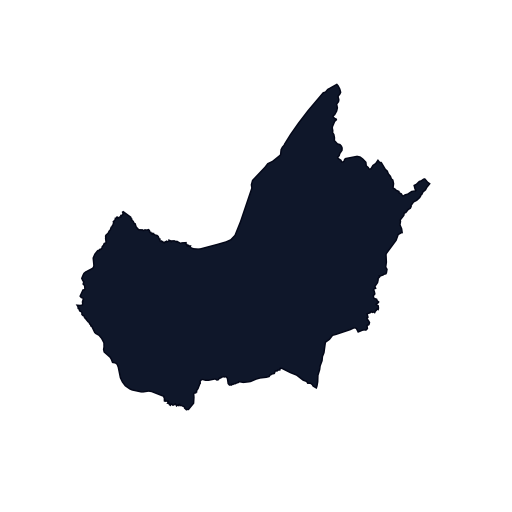 Veun Sai, Rôtânôkiri, Cambodia, rotated 40°
{"feature_id": "14789045B84584240899175", "entity_name": "Veun Sai", "entity_type": "district", "adm_level": 2, "iso_a3": "KHM", "parent_name": "Cambodia", "parent_adm1": "Rôtânôkiri", "projection": "orthographic", "projection_center": [106.861, 14.079], "detail": "fine", "context": "isolated", "style": "filled", "palette": "ink", "viewbox_px": 512, "rotation_deg": 40, "n_neighbors": 0, "source": "geoboundaries", "source_scale": "gbopen_adm2", "svg_char_len": 6139}
<svg xmlns="http://www.w3.org/2000/svg" viewBox="0 0 512 512"><g transform="rotate(40 256 256)"><path d="M279.5,425.7L279.7,424.8L280.3,425.1L281.7,423.5L282.0,423.5L281.7,424.2L282.4,424.7L283.4,424.2L283.7,424.7L283.5,425.2L284.2,424.8L284.8,424.9L285.1,425.5L286.4,425.4L286.2,424.0L286.8,423.6L288.2,423.7L288.7,423.0L289.3,421.0L291.5,421.9L291.8,420.4L292.5,420.3L292.1,419.8L292.3,419.4L293.0,419.3L293.0,418.8L293.9,419.4L295.2,418.3L298.0,417.7L298.6,417.7L299.1,418.4L301.5,418.5L301.6,418.0L302.9,417.0L302.8,408.9L299.3,404.2L296.8,401.6L296.8,400.7L297.8,399.6L297.5,398.9L297.9,398.4L297.0,397.2L296.8,394.9L295.1,390.0L295.1,389.3L293.7,388.0L293.7,385.9L294.4,384.9L297.2,383.6L299.5,381.7L303.7,376.4L305.8,376.1L306.7,374.8L306.3,373.6L307.4,372.0L307.5,371.0L308.7,369.2L309.4,369.1L310.6,367.7L311.8,367.8L313.0,368.3L316.7,371.6L318.6,371.9L319.0,371.1L319.8,371.0L320.2,370.5L319.9,369.8L321.0,369.0L321.1,368.3L322.3,367.0L322.7,365.7L323.7,364.4L323.9,363.6L323.6,363.2L327.5,361.0L331.2,357.1L332.5,355.6L335.2,350.2L337.5,346.8L341.8,342.3L343.5,339.9L343.2,338.0L343.7,337.5L343.8,336.5L345.5,334.2L344.6,331.5L345.4,330.8L346.0,330.7L345.9,329.6L347.5,327.9L346.7,326.6L346.9,326.2L348.1,325.4L357.3,323.2L363.7,321.1L372.0,320.8L374.9,319.7L376.9,319.8L377.3,320.2L379.7,318.4L381.7,318.3L383.4,318.9L387.0,318.3L386.3,316.5L384.1,312.7L380.1,307.6L377.8,302.2L375.7,298.9L373.9,293.8L371.5,290.3L370.2,286.4L364.6,277.5L365.8,272.6L365.6,267.5L367.6,264.7L375.4,252.0L377.2,248.1L378.4,247.2L379.6,247.0L383.1,248.5L385.2,244.4L386.4,243.0L387.8,242.1L388.0,240.0L385.8,238.0L385.7,237.3L386.3,236.8L386.6,236.0L385.7,234.0L383.8,233.3L382.6,233.5L382.4,232.8L381.2,232.5L380.8,231.8L381.1,230.9L378.2,228.9L379.9,226.2L380.0,225.7L379.6,225.7L380.0,224.4L381.4,224.4L382.1,223.2L383.3,223.1L382.7,220.7L383.1,220.4L382.8,218.9L384.0,218.5L383.3,217.2L381.6,215.6L379.2,215.9L378.9,215.3L379.6,213.6L379.5,212.4L377.5,212.4L376.2,211.6L373.9,212.5L373.1,212.4L371.4,211.1L371.2,210.4L371.6,209.5L371.3,208.6L369.0,206.8L367.9,206.8L367.6,205.4L368.4,203.8L366.6,203.0L366.2,198.3L364.9,195.8L364.0,194.8L364.1,192.4L363.3,192.0L364.0,191.4L365.6,188.7L365.6,187.9L366.9,186.2L366.7,185.1L364.9,182.0L362.5,181.2L359.8,176.9L354.6,171.3L354.2,170.0L353.2,153.9L351.1,148.2L352.5,144.4L352.9,144.1L350.1,141.6L346.2,139.6L344.5,136.7L343.3,135.7L343.1,129.9L341.9,127.8L342.8,126.5L342.7,122.6L343.5,120.2L343.0,118.3L342.3,117.8L341.9,113.4L343.3,110.1L343.8,106.1L343.6,104.5L343.1,103.4L343.4,102.3L342.7,99.6L343.3,96.4L342.7,93.8L342.6,89.0L339.9,89.2L336.0,88.5L335.5,88.7L335.0,89.5L334.3,92.2L333.2,93.9L332.8,98.0L331.8,100.3L334.7,102.4L336.4,103.0L336.4,103.6L333.8,106.5L332.5,111.1L330.9,113.3L330.4,115.1L329.6,115.8L327.4,115.0L324.8,115.6L324.0,114.7L321.1,115.6L319.6,115.4L317.2,115.8L314.9,112.2L312.0,109.9L310.2,110.0L307.8,108.6L304.5,108.0L302.0,106.6L299.3,106.5L292.1,104.0L291.6,104.0L290.9,104.9L287.9,104.3L288.3,108.2L287.4,111.5L288.0,115.2L287.2,116.6L286.3,116.6L285.1,116.1L282.5,116.1L279.9,113.6L275.4,113.1L272.1,113.3L269.4,114.7L262.0,123.8L261.8,125.0L262.6,126.9L262.0,128.5L260.9,128.8L259.5,128.1L256.3,128.5L255.0,127.7L255.2,125.7L254.3,123.7L253.9,119.7L252.5,117.9L250.8,117.0L248.7,116.7L246.3,117.8L241.8,117.2L240.1,115.0L237.5,112.9L235.5,112.4L234.1,110.5L232.1,108.9L231.4,107.8L229.7,102.3L230.0,100.0L229.6,99.6L227.6,100.1L225.2,99.7L225.0,98.8L225.4,97.3L224.6,93.2L223.1,90.2L220.1,87.8L220.0,84.9L219.5,83.8L218.7,82.8L216.6,81.4L216.2,80.5L216.1,78.0L215.6,76.2L212.9,74.3L209.5,72.9L207.6,72.6L203.9,82.3L203.9,85.8L202.6,87.7L202.5,111.1L203.2,126.8L204.4,140.6L206.0,151.9L206.4,152.9L206.3,155.7L206.9,158.4L209.5,162.2L209.8,163.2L207.9,172.9L205.7,177.7L205.9,182.2L204.8,200.3L206.7,204.4L209.2,206.6L222.1,239.6L226.7,253.7L226.3,259.8L224.0,264.5L218.9,272.1L208.9,286.3L207.3,287.9L203.7,290.5L201.3,291.5L199.5,291.2L199.3,290.5L198.0,291.6L197.5,291.2L196.9,291.5L197.2,291.9L196.9,292.5L195.4,291.6L194.4,291.8L193.8,290.8L190.9,293.5L190.0,294.9L186.0,295.6L186.0,296.3L183.7,296.9L181.5,298.9L181.7,299.6L180.5,299.4L179.2,299.8L179.7,300.4L179.0,302.0L178.5,302.5L178.0,302.2L177.0,304.5L177.3,304.8L176.3,305.3L175.2,304.9L174.5,305.6L174.0,305.4L173.9,305.9L173.1,306.1L172.1,305.7L171.6,304.8L170.8,305.2L168.5,303.9L167.0,303.9L166.6,304.4L166.0,304.3L165.4,304.8L164.0,305.0L162.3,306.3L161.9,306.2L162.3,305.1L160.9,305.9L160.1,305.5L159.6,306.1L159.0,306.0L158.0,305.0L156.7,304.9L155.8,306.3L154.1,307.4L153.7,308.6L153.1,309.0L152.4,308.9L149.3,311.3L145.5,310.8L142.7,309.0L141.8,309.4L139.6,308.4L137.5,308.5L137.2,307.6L136.5,307.7L135.0,306.8L125.8,307.4L125.6,308.2L127.1,309.1L127.4,310.5L126.4,311.8L127.4,312.9L126.4,313.9L126.1,315.7L124.8,315.3L124.4,315.8L125.0,316.4L124.0,317.5L124.8,318.5L124.7,321.6L125.7,321.9L126.1,323.6L126.6,324.1L126.5,325.3L126.9,326.0L126.6,327.0L127.7,329.8L127.5,331.2L128.1,333.6L127.7,336.4L128.0,337.5L128.6,337.8L129.4,339.1L132.7,342.2L131.7,344.0L132.3,345.7L132.2,347.6L133.0,349.1L132.7,350.9L132.2,351.1L132.0,351.8L132.5,352.6L131.5,353.3L131.3,353.9L131.4,358.1L132.6,362.2L138.0,367.5L138.8,369.2L138.7,370.7L135.8,377.7L135.4,379.9L135.8,381.6L136.9,385.1L139.4,386.3L140.6,386.3L141.6,388.6L143.7,388.8L146.2,391.3L146.2,392.2L145.3,393.2L147.1,399.8L148.9,400.1L150.3,399.5L151.7,399.9L151.7,401.2L152.6,401.8L152.5,402.7L153.9,403.9L154.4,404.9L154.3,405.6L153.0,407.0L150.6,408.7L152.8,409.4L153.0,410.2L153.8,410.5L154.6,410.0L155.3,410.9L156.6,411.4L157.9,411.0L159.0,411.2L160.3,412.7L161.8,412.8L162.2,412.4L163.1,412.6L163.7,413.1L164.8,413.1L165.2,413.6L166.3,413.2L166.5,413.7L169.8,414.3L170.9,414.1L172.1,414.9L173.9,415.0L174.3,415.7L175.5,415.5L176.5,415.9L181.6,418.2L183.1,418.3L186.7,417.6L190.7,418.3L195.3,420.2L198.1,423.4L199.3,425.5L201.4,427.1L209.3,427.3L211.4,428.0L214.5,429.7L217.1,428.2L219.3,428.2L222.0,429.7L230.4,436.4L234.6,438.3L239.3,439.4L244.9,438.9L247.2,438.2L255.5,433.8L256.8,432.7L260.5,428.5L263.1,426.9L275.7,422.7L276.2,423.4L277.1,423.7L279.0,425.9L279.5,425.7Z" fill="#0f172a" stroke="#020617" stroke-width="1.5"/></g></svg>